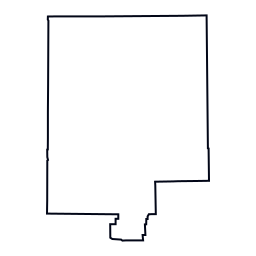 Converse, Wyoming, United States of America
{"feature_id": "52423323B34059726756827", "entity_name": "Converse", "entity_type": "district", "adm_level": 2, "iso_a3": "USA", "parent_name": "United States of America", "parent_adm1": "Wyoming", "projection": "orthographic", "projection_center": [-105.578, 42.894], "detail": "fine", "context": "isolated", "style": "outline", "palette": "ink", "viewbox_px": 256, "rotation_deg": 0, "n_neighbors": 0, "source": "geoboundaries", "source_scale": "gbopen_adm2", "svg_char_len": 679}
<svg xmlns="http://www.w3.org/2000/svg" viewBox="0 0 256 256"><path d="M47.0,213.6L47.3,213.6L118.3,214.3L118.3,218.8L115.6,218.8L115.6,224.2L110.2,224.2L110.3,237.7L112.3,239.0L121.1,239.6L122.4,240.6L126.0,240.4L143.1,240.4L142.6,235.0L145.4,235.0L144.9,224.4L146.2,224.3L146.3,219.0L147.6,219.0L147.6,216.4L148.9,214.2L155.6,214.1L155.8,214.1L155.3,185.5L155.1,181.7L173.0,181.4L178.1,181.2L195.8,181.0L209.0,180.8L208.6,148.5L207.9,148.3L206.6,15.4L182.4,15.8L100.8,16.4L56.1,16.4L47.9,16.5L47.8,19.6L48.4,20.6L48.1,84.8L47.9,112.2L47.9,138.1L47.8,149.5L47.2,149.6L47.3,157.1L48.0,160.0L47.3,160.6L47.2,200.6L47.0,213.6Z" fill="none" stroke="#020617" stroke-width="2"/></svg>